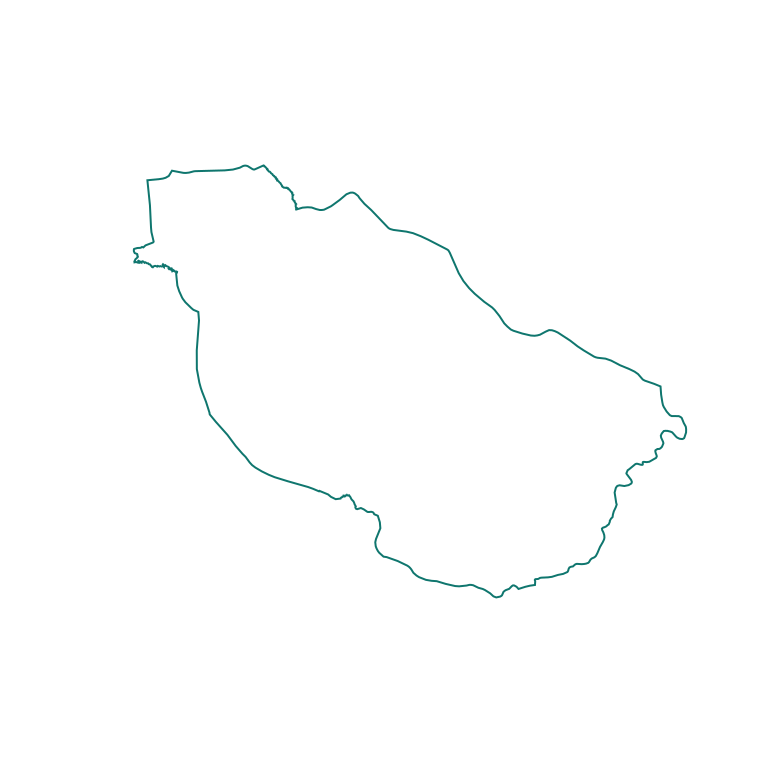 outline of Khun Han, Si Sa Ket, Thailand, rotated 293°
{"feature_id": "78962969B74120262263658", "entity_name": "Khun Han", "entity_type": "district", "adm_level": 2, "iso_a3": "THA", "parent_name": "Thailand", "parent_adm1": "Si Sa Ket", "projection": "equal_earth", "projection_center": [104.436, 14.547], "detail": "fine", "context": "isolated", "style": "outline", "palette": "teal", "viewbox_px": 768, "rotation_deg": 293, "n_neighbors": 0, "source": "geoboundaries", "source_scale": "gbopen_adm2", "svg_char_len": 6150}
<svg xmlns="http://www.w3.org/2000/svg" viewBox="0 0 768 768"><g transform="rotate(293 384 384)"><path d="M479.1,86.6L457.1,98.7L436.8,108.5L432.9,110.6L425.1,116.3L424.5,116.3L423.9,116.0L418.4,110.3L415.7,109.1L415.6,107.7L414.9,107.3L414.0,106.3L412.8,103.8L410.7,101.2L409.7,101.3L408.3,102.0L407.1,103.4L407.2,106.0L406.4,106.7L405.6,106.8L405.3,107.5L405.0,107.7L404.4,107.7L401.5,106.4L400.6,106.5L399.3,106.3L398.7,106.7L398.5,106.8L399.4,108.1L399.6,110.4L400.1,111.7L400.7,111.6L400.9,110.1L401.3,109.7L401.5,109.8L401.4,111.9L401.0,113.5L402.2,113.4L402.7,114.0L402.4,115.7L402.0,116.2L402.8,116.9L402.5,118.5L402.9,119.8L402.4,120.6L402.7,121.7L402.4,122.5L401.9,123.0L401.8,123.9L401.1,124.6L401.1,125.6L402.3,126.0L403.3,127.1L403.5,128.2L403.4,129.3L404.3,129.6L404.4,131.3L405.1,132.0L405.3,133.5L406.1,134.4L405.6,135.8L405.9,135.7L407.4,133.7L407.9,133.8L407.4,135.5L407.0,135.9L407.1,136.2L407.9,136.5L407.5,137.4L407.6,139.2L407.4,140.5L406.8,141.4L406.0,140.8L405.7,141.4L406.0,142.0L407.0,142.3L407.4,143.1L407.4,143.5L407.1,143.7L406.4,143.1L406.0,143.1L405.7,144.6L405.0,145.1L405.6,145.8L406.5,145.8L406.3,146.8L405.8,147.7L406.5,149.0L406.4,149.7L405.6,149.9L405.1,149.3L404.1,149.7L393.9,155.3L389.4,159.2L384.8,164.2L383.8,165.5L381.6,169.3L378.6,177.0L377.8,179.6L377.8,184.9L370.2,188.9L341.8,198.5L324.6,205.9L313.1,213.5L308.8,216.9L305.8,219.6L298.1,227.1L289.6,234.4L287.9,235.5L283.4,244.1L276.0,259.8L269.0,271.7L264.5,280.9L262.8,285.1L259.3,291.0L257.8,294.3L256.8,298.3L255.8,305.8L255.4,313.5L255.5,319.8L256.9,333.5L259.5,354.3L259.8,359.5L259.8,366.1L260.4,366.3L260.5,375.7L259.4,379.3L259.1,384.5L261.6,388.8L262.3,388.8L263.0,389.1L263.4,389.7L264.2,389.8L264.7,390.7L265.1,390.6L264.9,391.2L265.2,391.4L265.2,391.9L266.2,392.4L266.4,392.2L267.0,393.1L267.4,393.2L267.1,393.8L267.9,395.4L267.3,395.9L267.2,396.7L265.1,399.2L264.0,401.8L262.6,403.3L261.6,404.1L260.9,405.2L260.3,405.8L260.0,405.6L259.3,405.8L258.3,406.8L258.3,408.2L260.8,411.2L260.7,414.4L259.8,418.7L260.2,420.0L261.4,422.2L261.6,423.7L261.3,424.7L260.3,425.9L260.3,429.8L255.1,434.2L249.8,437.0L238.2,437.2L234.9,437.8L231.4,439.8L229.7,441.4L227.9,443.6L226.8,445.5L224.9,451.0L225.7,454.1L226.4,465.8L225.9,476.5L225.5,478.4L224.9,479.9L224.0,481.6L221.7,484.8L220.4,488.7L219.9,491.7L220.1,499.1L221.4,504.6L223.1,509.6L224.1,518.9L225.8,528.4L227.1,532.2L230.7,538.7L232.4,541.0L233.1,542.6L233.6,544.7L233.3,550.5L233.9,555.0L233.8,557.4L232.8,563.5L231.3,567.7L231.4,570.7L233.7,574.0L234.9,574.9L235.8,575.2L239.3,575.2L240.6,575.8L241.7,576.5L244.4,579.3L247.8,580.6L249.0,581.4L249.4,582.4L249.3,584.2L249.0,585.6L247.9,587.9L252.6,593.4L255.4,597.2L258.0,601.5L261.4,600.3L262.5,599.4L263.1,599.4L263.6,599.8L264.8,602.1L266.5,603.4L267.2,604.5L270.1,610.5L272.1,613.9L276.2,618.7L279.2,623.1L282.6,626.3L283.9,626.5L286.1,626.2L287.6,626.4L288.9,627.6L289.9,629.2L292.3,630.3L293.0,630.8L293.8,631.8L295.4,636.4L296.5,638.5L297.6,640.2L299.2,641.9L300.2,642.3L303.0,642.7L304.5,643.4L306.7,645.4L308.4,646.2L311.7,646.5L318.4,646.5L324.1,647.2L327.0,647.3L328.8,646.9L330.9,645.8L333.1,643.9L334.8,641.9L336.1,641.1L337.6,641.9L338.2,642.8L339.9,644.3L341.4,644.9L342.5,645.7L345.5,645.7L346.3,645.3L348.8,645.6L350.8,646.4L353.4,645.7L356.5,645.3L361.1,645.5L364.0,645.3L365.3,644.2L374.2,638.7L379.0,638.0L380.9,638.4L381.6,638.9L382.8,640.4L384.0,645.1L386.5,648.7L389.0,650.5L390.0,650.6L390.9,650.3L392.3,648.9L396.0,642.5L396.5,642.0L399.8,642.0L401.2,642.9L408.5,646.7L409.2,647.5L409.6,648.6L410.0,651.8L410.4,653.2L410.8,653.6L411.2,653.6L413.0,652.8L413.4,652.9L413.8,653.5L414.8,656.5L416.1,658.6L422.3,663.3L423.9,663.4L424.7,662.9L426.7,661.0L428.3,659.9L429.1,659.8L431.0,661.1L431.8,662.8L432.8,663.6L434.8,664.4L438.0,664.4L438.7,664.3L439.9,663.4L442.9,660.1L444.6,659.0L446.9,659.0L450.0,659.9L450.8,661.2L451.6,663.2L452.1,666.3L452.1,668.2L449.7,673.3L449.2,674.8L449.1,677.5L449.8,679.9L450.4,680.7L451.4,681.4L452.6,681.4L457.4,681.0L460.4,679.8L461.8,679.0L462.7,678.4L465.2,675.2L469.0,671.4L469.5,670.0L469.6,667.9L466.9,661.3L467.0,659.3L469.1,654.9L472.2,650.5L473.6,649.0L476.0,647.3L482.4,643.3L489.8,639.5L489.7,632.6L489.0,622.8L489.2,620.7L489.6,619.7L492.4,614.0L493.3,609.8L493.6,604.1L493.5,593.9L494.3,584.0L493.9,578.0L491.6,570.3L491.3,568.3L491.3,566.5L493.0,554.5L494.3,547.5L496.7,538.4L499.0,525.6L499.3,523.8L499.4,520.5L499.1,517.6L498.1,514.9L495.3,512.3L490.3,508.3L488.6,506.1L487.2,503.7L486.0,500.2L484.5,491.7L483.6,482.4L483.7,479.5L485.1,475.1L486.8,471.0L491.7,463.7L495.4,456.9L496.7,453.6L498.8,444.2L502.5,432.3L505.5,424.9L509.8,416.9L515.2,409.5L530.6,393.2L532.2,391.0L532.5,389.6L534.1,368.4L534.4,360.2L534.2,351.8L533.0,345.0L529.5,332.4L529.1,329.3L529.2,327.8L529.5,326.7L539.2,304.1L542.2,295.6L545.5,288.9L547.0,286.7L548.0,283.1L548.1,281.8L548.0,280.5L547.0,278.3L544.0,275.3L536.1,271.3L528.7,266.9L526.8,265.7L521.1,260.8L520.1,259.2L519.1,257.0L518.5,253.2L518.2,248.5L516.9,244.7L514.5,240.1L510.3,235.0L510.6,234.7L511.0,234.9L512.0,234.9L512.1,234.0L513.3,233.1L514.0,233.0L515.0,232.4L515.4,232.7L516.4,230.8L517.4,230.3L517.4,229.3L517.7,229.1L518.5,227.4L519.6,227.2L521.2,226.4L522.4,226.6L522.4,225.9L523.2,225.5L523.3,225.0L524.1,224.9L524.3,224.2L524.7,223.9L524.6,223.4L526.0,220.9L525.9,220.0L526.2,219.3L526.6,219.5L526.8,219.1L526.6,218.7L526.8,218.0L526.6,217.4L526.2,217.3L525.9,215.7L525.6,215.3L525.9,213.4L526.2,212.9L526.5,212.9L527.5,211.4L527.8,210.9L528.4,210.3L528.7,209.0L529.3,208.0L529.6,206.8L529.5,206.1L530.3,205.5L530.6,205.6L530.7,204.7L531.1,204.8L531.4,204.0L531.8,203.8L531.7,203.3L532.0,203.2L532.2,201.8L532.6,201.6L532.8,200.1L533.5,199.4L533.9,197.6L534.6,196.5L534.8,195.8L534.6,195.2L535.3,193.6L535.7,193.4L535.8,192.5L536.5,192.4L536.5,191.9L537.5,189.9L537.5,188.9L538.1,188.5L538.1,187.7L531.4,181.5L530.6,180.6L530.4,179.1L531.3,173.5L531.2,172.3L530.8,170.9L530.3,170.0L529.5,169.0L526.8,166.8L522.4,161.2L518.4,153.9L506.3,127.4L505.5,125.9L502.4,121.9L501.0,119.4L500.0,117.0L497.5,105.5L491.4,104.6L488.5,102.4L486.7,100.2L484.5,96.6L479.1,86.6Z" fill="none" stroke="#0f766e" stroke-width="2"/></g></svg>